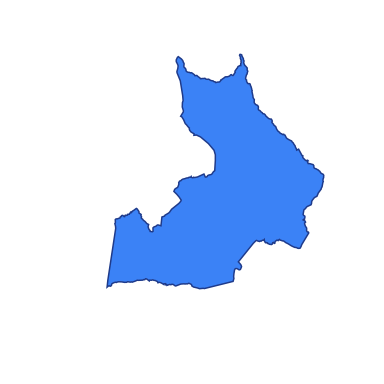 outline of Açailândia, Maranhão, Brazil, rotated 320°
{"feature_id": "56859067B88917443865419", "entity_name": "Açailândia", "entity_type": "district", "adm_level": 2, "iso_a3": "BRA", "parent_name": "Brazil", "parent_adm1": "Maranhão", "projection": "robinson", "projection_center": [-47.274, -4.703], "detail": "fine", "context": "isolated", "style": "filled", "palette": "blue", "viewbox_px": 384, "rotation_deg": 320, "n_neighbors": 0, "source": "geoboundaries", "source_scale": "gbopen_adm2", "svg_char_len": 6106}
<svg xmlns="http://www.w3.org/2000/svg" viewBox="0 0 384 384"><g transform="rotate(320 192 192)"><path d="M110.2,170.8L70.8,205.5L65.8,210.3L67.7,210.3L68.5,210.9L68.7,211.6L69.6,211.9L70.4,211.7L70.9,211.2L71.8,210.8L73.7,211.2L75.2,211.8L75.9,212.7L76.8,212.9L78.1,213.6L80.4,215.7L82.3,217.9L83.8,219.1L85.1,219.4L86.8,221.4L87.8,221.9L88.2,222.6L91.3,223.8L93.4,224.4L94.0,225.1L97.7,227.9L98.6,228.0L99.4,228.8L100.6,228.6L101.2,229.2L101.6,230.3L102.1,232.7L102.9,232.3L104.3,233.6L105.5,234.1L106.1,235.3L106.8,235.9L107.9,238.2L107.6,239.7L108.5,239.8L109.2,240.5L110.0,241.9L111.0,244.8L111.5,244.3L112.8,245.2L112.3,246.0L112.3,246.7L112.9,246.4L113.3,247.7L114.2,247.9L115.7,248.6L116.2,249.5L117.2,249.7L118.1,250.6L118.8,253.2L119.3,253.6L124.2,255.3L127.0,257.3L127.5,258.0L128.4,258.5L129.5,259.5L130.6,259.7L131.3,260.5L132.0,262.1L131.9,263.3L131.5,263.9L132.1,265.8L134.5,269.0L135.6,270.9L138.7,273.0L139.4,273.9L166.0,286.9L168.5,285.2L169.4,283.7L171.6,281.5L174.7,278.9L175.9,278.6L176.5,278.9L177.3,279.7L178.0,281.8L178.6,282.3L179.4,282.4L181.4,281.4L182.1,280.9L182.7,279.0L182.6,275.3L206.1,270.7L209.6,270.4L210.4,270.6L210.8,271.7L212.0,273.4L212.8,273.4L213.4,274.1L214.9,274.2L215.6,274.9L216.8,274.8L216.1,275.8L216.0,276.6L215.7,277.3L215.7,278.1L216.3,278.3L216.6,279.0L217.1,279.4L216.8,280.0L217.4,280.7L217.6,281.7L219.2,283.4L219.9,283.5L221.2,282.7L222.0,283.0L221.9,284.2L222.4,284.5L224.0,283.3L226.3,283.5L226.7,284.6L228.0,284.4L228.6,284.6L228.5,285.5L229.1,286.2L229.8,287.5L230.7,288.4L231.3,291.1L232.3,293.3L233.6,297.3L235.0,300.3L236.3,301.7L236.7,302.8L237.2,303.5L238.2,304.3L238.9,304.5L241.0,303.6L242.1,302.9L255.1,298.4L255.4,297.5L254.8,296.9L254.7,296.0L255.3,294.7L256.0,294.2L256.7,293.1L256.9,291.1L257.6,289.2L258.3,288.1L259.6,288.1L259.9,287.1L259.8,286.3L259.2,284.8L260.1,284.7L260.5,285.3L261.6,284.4L262.2,284.0L262.9,283.1L262.5,281.5L262.7,280.6L266.0,277.8L266.9,277.5L268.1,277.7L269.8,277.2L271.0,277.2L275.0,278.3L276.1,277.7L277.5,276.3L278.6,275.7L282.0,275.0L283.0,275.1L284.9,275.6L287.3,274.4L287.9,274.0L292.8,272.8L293.5,272.2L295.0,271.6L298.5,268.7L299.2,268.5L299.6,267.5L300.9,266.2L302.1,265.6L302.5,265.0L303.4,264.3L303.9,263.0L302.9,260.4L303.2,258.2L302.9,257.2L302.9,256.3L302.5,255.6L301.9,253.8L301.4,253.2L301.0,252.2L301.5,251.0L302.2,250.3L302.4,248.9L300.4,245.9L299.3,244.9L300.0,242.5L301.0,242.8L301.0,242.0L300.2,241.7L299.3,240.8L299.0,236.9L300.2,235.4L299.7,234.9L301.2,227.7L299.1,227.2L299.7,226.0L300.1,224.0L300.6,223.1L300.8,220.7L301.1,219.6L300.9,218.0L301.1,216.9L300.2,215.0L299.2,212.3L299.1,211.1L299.8,208.2L299.3,207.5L299.4,206.7L298.4,206.3L298.1,205.1L297.6,204.2L297.3,203.5L297.5,202.7L297.0,200.8L297.2,198.4L298.2,195.6L297.7,193.6L298.0,192.6L297.9,190.8L298.1,189.8L299.0,189.4L299.4,188.5L299.6,187.1L299.0,186.6L298.1,185.3L297.6,183.0L297.7,182.2L297.4,181.3L297.7,180.0L297.6,178.8L296.6,177.4L296.8,176.4L296.4,175.3L296.4,173.5L295.8,171.9L296.1,171.0L297.5,169.6L297.8,169.0L297.9,167.9L297.6,167.0L297.2,166.5L297.0,165.7L297.0,164.0L297.3,163.2L299.2,161.2L299.2,160.3L299.5,158.9L300.5,157.4L302.5,153.6L303.3,153.0L303.5,152.2L304.0,151.4L305.1,148.9L305.2,148.0L305.7,147.2L305.9,146.3L305.4,145.6L304.7,145.2L304.5,144.3L304.9,142.4L305.8,141.2L305.6,140.5L306.0,139.5L307.3,138.4L309.2,137.2L310.1,137.0L311.2,136.0L312.1,135.6L312.5,135.0L312.6,134.2L313.0,133.6L314.0,132.5L314.0,129.9L313.8,129.1L314.4,126.8L314.9,125.9L315.5,125.6L316.2,124.8L316.4,123.7L317.1,122.8L317.7,119.9L318.2,119.0L317.8,117.9L317.1,117.4L316.3,117.8L315.8,119.7L314.8,120.9L314.3,122.7L313.5,123.4L313.2,124.0L312.7,124.6L311.9,124.9L310.6,126.5L310.0,125.9L307.9,125.5L307.1,125.8L306.5,126.2L305.8,126.2L302.7,127.0L302.2,127.5L302.0,128.1L300.4,128.5L298.9,129.1L298.2,129.1L297.8,128.4L297.6,127.4L296.9,127.1L295.3,127.3L293.4,126.6L291.5,125.2L289.0,125.1L287.7,124.9L286.7,125.1L286.1,124.7L285.6,125.1L284.2,125.4L283.4,125.2L282.7,124.5L280.5,123.4L280.5,122.3L279.9,121.8L279.6,121.2L279.6,120.5L278.1,118.7L277.3,116.3L276.0,115.4L275.2,114.4L275.0,113.2L273.4,112.2L272.7,111.5L271.8,111.1L271.3,110.6L271.4,109.7L270.8,107.4L270.6,105.8L269.0,104.8L269.2,103.7L268.5,100.8L268.1,100.1L267.3,99.7L267.0,98.8L265.8,97.6L265.4,96.6L265.3,95.5L266.2,94.0L266.4,92.8L266.1,91.7L266.3,91.0L266.7,90.2L267.6,89.5L268.6,88.3L268.7,87.1L269.2,86.0L269.4,85.2L269.4,83.3L268.5,79.5L267.4,79.5L264.8,80.7L263.7,82.1L263.1,84.7L262.5,86.4L260.6,88.2L258.0,89.9L257.2,91.0L254.5,99.3L246.8,112.2L243.9,116.3L242.1,117.4L239.2,120.6L237.6,124.3L236.7,125.1L232.0,126.7L232.5,127.9L232.0,131.3L230.9,134.9L230.8,135.7L231.0,136.7L230.9,139.5L231.1,141.3L230.5,141.8L229.9,143.2L229.8,145.3L231.0,148.8L229.9,149.8L232.0,151.2L233.9,155.2L235.7,165.5L235.7,174.2L233.8,178.5L230.1,182.9L223.1,190.3L221.6,190.2L218.8,191.0L218.1,191.0L215.5,189.7L214.5,189.5L213.5,189.9L212.6,189.7L211.8,189.1L212.7,185.9L205.8,184.0L204.2,183.1L203.3,182.6L202.7,181.7L202.1,181.8L201.5,181.3L201.0,180.4L201.3,179.6L200.4,179.8L199.3,178.8L198.4,178.8L196.5,177.6L195.6,177.4L193.1,176.2L191.7,176.0L191.0,176.2L189.4,175.7L187.8,176.3L187.0,177.5L184.9,178.8L183.8,179.2L182.4,178.9L180.5,178.8L178.5,179.9L178.9,184.0L178.9,187.6L178.5,191.3L177.3,191.9L174.7,192.3L165.3,192.1L161.9,193.0L160.6,193.1L156.4,192.4L155.5,192.8L152.9,191.8L146.5,197.9L144.9,195.5L144.2,195.0L142.3,195.0L140.4,194.3L139.0,194.4L137.0,197.0L136.1,197.0L134.6,195.3L135.0,194.8L135.1,194.1L135.0,193.2L135.3,192.0L136.1,190.3L137.9,189.0L137.1,187.1L137.1,184.5L136.6,182.4L136.7,181.0L136.4,180.0L136.5,179.2L137.4,178.6L137.8,177.1L138.6,176.5L137.9,174.1L138.8,172.8L139.1,169.7L138.8,168.8L135.3,168.6L134.7,168.4L132.4,168.7L132.5,168.0L131.7,168.0L131.1,168.4L130.3,168.4L129.7,168.8L128.3,167.7L127.6,168.2L127.0,167.9L126.0,166.9L125.3,167.0L124.7,167.6L124.2,167.3L124.0,165.6L123.5,165.0L122.6,164.9L122.0,165.3L121.1,165.0L119.9,165.6L119.3,165.2L117.4,164.5L116.6,163.8L115.5,163.8L113.8,166.0L113.2,166.5L112.6,166.6L111.5,168.9L110.2,170.8Z" fill="#3b82f6" stroke="#1e3a8a" stroke-width="1.5"/></g></svg>